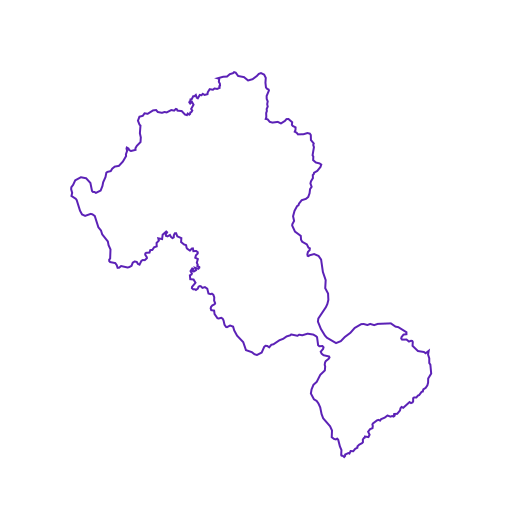 Los Andes, Nariño, Colombia (Natural Earth projection), rotated 11°
{"feature_id": "7082276B65989383346082", "entity_name": "Los Andes", "entity_type": "district", "adm_level": 2, "iso_a3": "COL", "parent_name": "Colombia", "parent_adm1": "Nariño", "projection": "natural_earth1", "projection_center": [-77.705, 1.658], "detail": "fine", "context": "isolated", "style": "outline", "palette": "violet", "viewbox_px": 512, "rotation_deg": 11, "n_neighbors": 0, "source": "geoboundaries", "source_scale": "gbopen_adm2", "svg_char_len": 6103}
<svg xmlns="http://www.w3.org/2000/svg" viewBox="0 0 512 512"><g transform="rotate(11 256 256)"><path d="M246.7,121.9L243.9,121.7L241.3,119.6L239.4,119.6L239.6,117.7L238.7,113.7L239.0,111.6L238.4,109.7L239.0,107.1L238.0,104.8L238.0,102.0L236.5,99.7L235.9,96.9L237.1,91.1L236.6,90.2L234.8,89.7L233.6,88.6L232.2,84.1L231.6,79.3L229.4,76.4L226.0,75.5L224.0,76.7L222.5,79.1L218.9,83.1L214.7,85.2L210.1,82.7L204.1,82.7L201.1,79.9L199.4,79.7L198.6,80.9L195.6,82.5L193.3,85.4L189.6,86.3L184.4,88.9L186.1,89.1L186.3,92.1L187.7,93.8L188.2,95.7L187.6,96.3L188.2,97.9L186.0,99.4L183.3,99.5L182.0,101.0L178.7,101.1L177.4,104.5L177.5,106.4L174.8,107.7L172.8,107.0L171.8,108.6L170.1,108.6L168.8,112.3L167.6,111.9L166.2,109.4L165.1,110.9L163.9,111.1L163.0,114.2L161.8,114.8L162.3,116.6L161.4,116.9L161.2,117.9L162.3,118.9L163.7,116.9L165.8,119.4L164.3,124.0L165.7,125.4L165.1,127.0L164.1,127.7L164.2,129.1L163.5,130.0L161.8,129.2L161.3,130.9L159.3,130.7L155.4,127.9L151.2,128.3L150.2,127.0L149.3,126.9L147.9,128.9L145.0,128.9L140.9,132.1L138.7,132.1L136.4,133.4L132.1,133.4L130.1,131.8L127.2,132.7L122.5,137.1L119.4,137.2L118.1,140.0L115.0,141.5L114.3,145.7L116.6,149.3L117.7,150.0L118.6,157.7L120.3,161.6L120.9,166.2L118.0,170.6L117.1,173.2L117.5,174.8L113.2,176.8L111.3,176.2L110.3,174.8L108.5,174.2L108.4,175.2L109.4,177.5L108.9,181.0L109.4,182.7L107.3,188.7L104.2,193.7L100.3,195.2L98.2,197.7L97.2,200.4L94.1,201.8L93.2,202.8L93.2,207.2L91.9,212.8L91.9,216.6L91.0,221.4L86.8,224.6L85.3,224.0L83.6,224.2L82.6,223.4L79.5,215.9L74.4,212.1L69.1,212.1L64.1,216.2L62.9,221.1L61.6,223.7L61.8,225.7L63.5,229.1L63.4,232.3L68.1,234.2L69.3,235.3L74.6,245.1L77.3,248.4L80.6,249.2L85.7,246.2L87.5,246.3L90.1,247.5L95.8,257.9L99.0,260.6L100.9,264.1L107.8,270.0L109.2,273.5L111.9,277.3L113.3,286.3L112.6,287.6L112.9,289.0L114.0,289.8L119.2,289.8L121.0,291.5L122.4,294.0L123.9,293.6L125.5,291.6L132.2,291.8L133.8,291.0L135.7,289.4L136.3,286.0L138.0,284.5L140.1,284.6L141.6,286.3L143.3,286.7L144.4,282.7L145.5,281.6L147.6,281.3L149.3,279.0L149.1,278.1L147.0,275.9L146.9,274.6L147.6,273.8L150.8,273.0L151.1,270.4L153.1,269.8L154.3,266.9L156.7,265.5L155.9,262.2L157.7,259.4L156.7,257.3L160.6,257.3L160.3,252.9L163.2,249.1L164.2,249.7L163.3,252.2L163.8,253.4L165.4,253.6L167.5,251.8L168.8,253.4L170.6,254.4L171.7,253.4L171.4,251.3L172.0,249.2L173.2,248.9L175.0,251.7L179.3,252.7L179.8,256.6L183.1,258.4L185.3,258.7L186.3,261.2L187.1,262.0L190.1,263.3L191.6,260.9L192.6,260.6L193.6,263.2L196.3,262.5L198.1,263.4L198.3,264.7L196.9,266.8L196.7,269.3L199.5,270.1L199.2,273.9L200.5,275.8L200.3,277.0L202.4,277.6L202.6,278.3L201.8,279.6L198.3,279.2L199.8,281.4L197.9,283.1L196.9,282.9L196.6,280.6L195.8,280.4L194.6,283.3L196.4,285.4L196.2,286.5L194.8,287.6L195.9,291.3L199.2,291.0L201.7,293.8L199.1,298.5L199.2,299.8L200.8,300.7L202.4,300.3L203.5,300.8L205.1,299.1L205.5,297.1L206.5,296.3L207.5,296.2L209.5,297.5L211.8,296.3L214.4,297.4L216.5,301.9L218.7,302.1L219.9,301.4L221.5,302.2L222.9,304.5L223.4,307.8L224.9,310.1L224.6,311.2L222.5,312.9L221.6,314.5L221.5,316.1L222.4,317.7L225.3,317.6L226.4,320.9L230.0,324.4L231.2,324.5L233.7,323.3L235.2,323.9L236.4,325.4L238.2,329.5L240.2,331.4L241.1,331.4L243.8,329.2L247.0,329.7L248.8,333.2L252.6,337.8L259.9,343.0L264.1,350.3L270.3,351.2L273.2,352.7L275.8,353.0L280.0,349.7L281.4,343.6L282.5,342.3L284.3,342.2L286.4,343.1L288.0,340.2L290.0,339.3L295.1,334.2L298.5,332.1L301.4,329.1L304.8,327.3L305.5,326.3L311.9,326.4L313.4,325.0L316.5,325.0L321.5,322.4L327.2,322.2L330.1,323.2L331.4,324.0L334.0,331.7L335.4,332.5L338.4,331.7L339.7,332.7L339.6,334.4L337.8,337.6L339.0,339.3L341.2,340.5L346.9,340.7L347.5,341.6L346.9,343.1L344.5,345.9L344.1,347.4L344.2,349.7L345.0,351.3L345.4,355.2L341.8,360.3L339.6,368.0L337.0,371.4L336.0,376.3L336.1,380.5L340.2,385.6L343.2,386.7L345.4,388.8L347.9,392.3L350.5,398.6L352.9,402.5L361.2,409.0L363.9,412.8L364.9,419.4L367.5,420.7L369.4,420.8L370.5,419.8L371.7,420.6L374.7,426.9L376.9,430.2L377.6,435.1L378.1,435.7L379.2,435.5L380.9,436.5L381.6,435.3L381.4,433.9L384.3,431.8L385.4,432.1L386.1,429.4L388.7,429.1L390.2,426.3L392.1,424.9L391.9,423.5L393.3,421.5L395.9,419.4L396.5,418.3L395.9,415.8L396.6,414.1L397.3,413.7L397.4,412.4L400.9,412.3L401.6,409.8L399.6,407.1L401.0,404.2L403.2,402.8L403.1,400.6L402.4,399.2L402.7,398.1L406.2,394.2L407.6,393.5L409.2,393.9L409.9,392.3L413.2,390.1L415.5,387.5L418.7,388.0L420.2,387.1L421.6,387.4L422.6,386.5L422.8,386.9L422.6,386.2L421.8,385.6L421.8,384.7L424.7,384.0L426.8,380.2L426.9,377.9L427.7,376.4L429.5,376.9L434.6,370.1L436.2,370.8L437.6,369.9L438.0,368.7L437.4,365.6L438.2,364.7L440.4,364.3L441.6,362.1L442.7,361.4L444.5,357.7L445.6,357.2L445.7,355.0L447.7,353.1L448.9,350.3L449.1,347.5L448.4,343.4L450.4,338.0L447.9,329.4L446.5,328.0L445.6,323.4L443.7,319.9L443.6,316.2L441.1,319.1L439.2,318.2L433.1,318.4L426.8,314.3L426.3,310.5L425.6,309.6L424.4,309.6L422.5,310.8L419.7,309.3L415.3,310.2L414.3,309.3L414.3,307.9L415.8,305.0L418.6,304.1L418.2,302.1L409.3,298.7L406.4,298.7L401.2,296.4L388.5,299.4L385.2,301.3L381.1,300.9L378.5,302.5L374.7,302.2L372.3,302.8L366.6,307.8L363.3,313.4L358.6,318.6L355.5,323.4L351.2,326.2L341.2,322.7L338.8,320.9L333.6,315.2L329.3,308.6L329.1,305.5L334.4,292.8L335.2,289.5L335.4,285.3L333.9,279.1L330.1,274.4L329.0,266.4L324.7,258.9L320.6,247.1L317.4,244.0L312.7,243.0L308.6,245.0L307.5,246.1L306.7,246.0L306.1,244.6L306.2,242.1L307.5,240.1L307.4,238.2L305.9,237.8L303.7,234.9L298.6,233.2L297.1,231.4L296.1,227.7L289.6,224.6L285.7,219.2L285.6,217.8L286.7,214.3L284.8,209.9L285.2,204.3L286.8,199.2L288.0,198.1L288.2,196.4L290.2,192.5L294.1,190.4L296.0,188.1L296.6,184.2L296.3,180.0L297.4,177.5L295.6,174.4L295.7,172.2L297.0,168.7L296.3,165.7L297.1,164.5L297.1,163.2L299.9,160.8L302.3,156.3L302.6,153.8L300.7,153.0L296.9,152.8L293.8,151.0L293.3,147.5L292.3,146.3L292.1,138.1L291.0,136.1L291.2,134.5L287.8,131.7L286.7,126.8L285.5,125.6L283.0,125.5L279.4,127.4L274.0,128.6L272.3,127.2L270.3,126.6L270.7,124.7L270.3,122.2L267.2,121.3L266.2,120.4L266.0,117.8L261.7,115.3L259.8,115.8L258.6,117.9L255.2,121.1L251.8,120.2L246.7,121.9Z" fill="none" stroke="#5b21b6" stroke-width="2"/></g></svg>